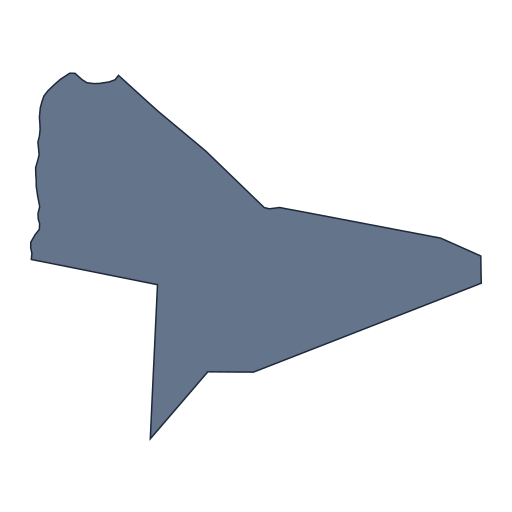 outline of São José do Divino, Piauí, Brazil
{"feature_id": "56859067B31745956346531", "entity_name": "São José do Divino", "entity_type": "district", "adm_level": 2, "iso_a3": "BRA", "parent_name": "Brazil", "parent_adm1": "Piauí", "projection": "robinson", "projection_center": [-41.916, -3.781], "detail": "fine", "context": "isolated", "style": "filled", "palette": "slate", "viewbox_px": 512, "rotation_deg": 0, "n_neighbors": 0, "source": "geoboundaries", "source_scale": "gbopen_adm2", "svg_char_len": 816}
<svg xmlns="http://www.w3.org/2000/svg" viewBox="0 0 512 512"><path d="M150.3,438.8L174.4,410.8L207.8,371.8L232.0,372.0L253.5,372.1L481.3,283.2L481.1,275.3L480.8,256.0L440.6,238.1L398.0,230.0L298.3,211.0L286.3,208.8L279.8,207.5L269.3,208.8L264.1,207.5L206.1,151.4L199.6,145.9L158.7,111.8L149.2,103.3L118.5,75.4L115.0,79.8L109.2,81.9L99.7,83.4L93.7,83.6L86.9,82.7L82.0,79.6L75.0,73.3L69.8,73.2L60.4,79.3L53.7,85.2L48.0,90.7L43.9,96.0L42.0,101.4L40.3,107.8L39.4,117.2L39.9,124.0L40.1,129.6L39.4,136.2L37.9,142.2L38.4,147.3L39.1,154.6L38.0,159.5L35.6,167.7L35.8,174.7L36.2,180.7L36.2,186.1L37.7,196.4L39.7,206.5L38.0,213.5L38.2,218.8L39.6,223.5L39.4,229.2L35.0,234.9L30.8,242.2L30.7,247.7L31.9,253.3L31.3,259.5L157.5,284.7L152.1,399.3L151.8,405.9L150.3,438.8Z" fill="#64748b" stroke="#1e293b" stroke-width="1.5"/></svg>